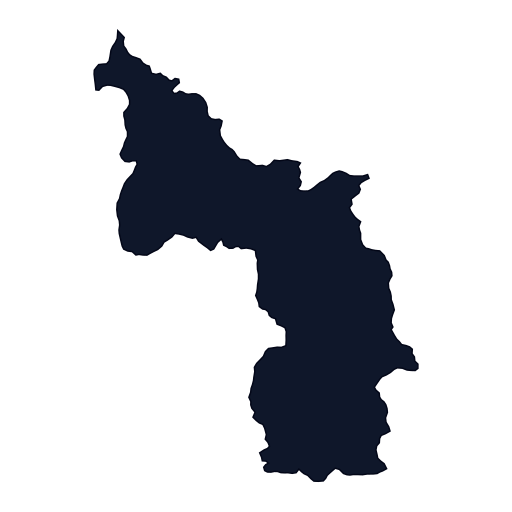 outline of Bom Jesus do Galho, Minas Gerais, Brazil
{"feature_id": "56859067B85920776118835", "entity_name": "Bom Jesus do Galho", "entity_type": "district", "adm_level": 2, "iso_a3": "BRA", "parent_name": "Brazil", "parent_adm1": "Minas Gerais", "projection": "mercator", "projection_center": [-42.364, -19.729], "detail": "fine", "context": "isolated", "style": "filled", "palette": "ink", "viewbox_px": 512, "rotation_deg": 0, "n_neighbors": 0, "source": "geoboundaries", "source_scale": "gbopen_adm2", "svg_char_len": 4848}
<svg xmlns="http://www.w3.org/2000/svg" viewBox="0 0 512 512"><path d="M222.1,121.0L219.2,119.2L215.2,119.6L211.2,118.8L208.1,115.8L207.1,111.4L207.2,107.3L205.7,102.6L202.9,98.3L199.6,95.4L196.0,93.8L192.0,93.8L188.5,94.3L185.5,93.8L182.8,92.1L179.6,91.2L176.9,93.2L173.8,93.4L171.8,90.5L174.2,87.3L176.9,84.8L179.3,82.7L178.7,79.2L175.0,78.5L171.9,80.9L169.1,80.2L166.3,77.2L162.7,75.7L160.3,73.3L156.1,74.4L151.5,73.3L150.2,69.0L149.2,66.1L146.3,65.3L142.9,63.1L140.0,59.2L135.7,57.6L132.2,56.5L129.5,54.7L127.5,52.2L126.0,49.1L123.7,46.0L123.2,41.3L124.2,37.5L121.2,34.3L117.8,30.7L117.5,35.1L117.2,38.6L115.4,42.5L112.7,46.4L111.0,50.2L110.5,53.4L110.0,56.7L109.1,61.0L106.6,63.9L103.0,64.1L98.7,64.6L96.4,67.3L94.3,70.1L94.1,74.1L94.6,78.7L95.3,84.1L95.9,89.9L98.9,90.2L102.5,86.4L107.1,85.1L110.3,85.2L114.5,86.2L119.6,87.6L123.6,89.3L126.1,92.2L128.2,95.9L129.6,100.4L129.6,104.4L127.4,108.5L123.9,112.4L123.9,116.1L124.9,119.8L125.2,124.9L126.0,128.3L127.5,131.6L127.5,136.5L125.8,140.0L124.5,142.9L123.6,146.6L121.8,150.3L120.1,154.1L121.6,157.8L125.0,161.4L129.2,161.9L132.4,160.8L136.3,160.8L137.2,164.3L135.6,167.1L134.4,170.3L133.0,173.6L130.6,176.1L127.2,179.7L124.5,183.7L123.1,187.4L121.7,190.8L120.4,194.7L119.6,198.6L117.2,203.1L116.8,209.7L117.5,215.9L119.3,220.7L119.7,225.0L119.0,230.0L119.3,233.6L120.1,237.1L121.2,241.9L122.2,246.0L123.7,249.1L127.7,251.0L132.2,251.6L135.9,255.0L138.9,254.4L143.0,255.0L147.0,255.1L149.9,253.4L153.7,251.4L157.7,249.5L161.7,246.1L164.0,242.1L167.2,240.2L171.8,237.0L174.8,233.4L179.0,234.0L183.6,235.1L187.4,236.9L192.4,238.2L196.2,237.3L198.6,241.2L201.2,243.2L203.8,245.2L207.4,247.7L210.6,250.4L213.7,249.0L217.6,242.4L221.4,239.0L223.0,242.2L223.7,245.2L226.5,246.5L229.1,248.3L232.9,248.2L235.6,246.6L238.6,246.4L241.2,248.6L246.3,248.0L251.1,248.8L255.4,250.5L256.1,256.3L257.8,260.0L257.3,263.2L257.5,269.4L258.5,274.1L258.5,279.0L257.6,284.8L257.3,288.9L256.8,292.2L255.7,295.5L257.5,299.5L258.8,302.8L259.3,306.6L262.6,309.0L265.5,309.5L268.2,311.7L269.3,315.4L271.8,317.5L275.5,318.7L277.1,324.2L281.3,325.8L285.0,327.7L286.3,331.6L286.1,335.3L286.2,340.1L285.9,345.7L281.4,347.4L277.2,347.2L272.8,347.9L268.5,348.5L265.5,351.5L263.4,356.4L260.2,359.8L256.7,363.4L254.4,367.3L254.8,371.6L253.9,377.1L253.5,380.7L252.5,384.6L251.1,388.5L250.7,392.3L248.9,397.3L250.9,401.6L250.8,404.9L251.9,408.3L255.1,412.2L253.0,417.2L256.3,420.5L259.3,422.9L262.9,424.4L264.7,428.2L265.5,431.2L266.4,434.6L265.3,439.2L268.0,442.4L269.5,446.2L267.5,448.5L264.2,449.9L259.7,452.8L261.6,457.3L262.3,460.8L266.0,461.1L268.5,463.1L265.7,464.7L263.7,467.2L264.7,470.6L267.4,472.0L271.0,472.1L274.4,471.4L277.7,471.5L280.8,472.6L284.5,472.8L287.9,472.7L292.2,473.3L296.1,472.7L298.9,469.1L301.7,471.8L304.1,473.7L307.8,475.4L311.1,478.8L313.9,481.1L318.3,481.3L323.3,480.9L325.6,478.4L327.2,475.3L329.7,473.0L332.2,470.8L335.2,468.2L339.4,469.4L343.5,473.5L346.9,474.7L349.9,475.0L353.1,474.5L357.4,474.5L362.5,474.7L367.0,474.0L373.4,473.9L377.1,473.5L379.7,472.0L382.6,470.9L386.6,468.7L384.1,463.7L380.4,460.9L377.7,458.2L377.0,454.6L375.9,449.9L376.7,445.8L379.3,442.8L379.6,438.5L381.2,435.4L385.3,433.7L390.0,431.1L388.7,426.8L386.0,422.2L385.5,417.8L387.4,412.4L387.0,408.5L385.8,404.7L383.9,401.8L381.2,399.7L379.6,397.1L379.2,393.0L375.9,390.1L374.3,387.2L377.2,382.9L379.9,379.0L382.0,376.7L386.3,374.9L390.6,372.3L394.1,369.3L397.3,367.8L402.4,368.2L407.0,370.0L411.1,370.4L415.2,370.5L417.9,368.4L417.9,364.1L414.8,361.1L414.4,356.9L412.0,353.6L412.3,349.2L409.6,346.9L406.1,345.6L401.6,344.6L399.4,341.8L396.7,339.2L394.4,335.5L392.6,332.2L391.1,329.6L392.9,327.0L391.1,322.8L391.4,318.4L392.5,314.8L394.3,309.9L392.9,304.3L391.2,299.7L391.1,296.0L390.3,292.1L388.7,288.3L388.3,282.9L390.0,278.9L391.9,275.8L391.6,272.2L390.0,268.8L389.5,265.8L388.2,262.2L386.0,260.0L384.2,255.5L379.7,250.9L375.4,250.5L371.6,249.8L368.7,248.8L365.7,248.2L362.6,244.8L360.6,239.6L360.6,233.2L359.5,230.2L358.8,226.5L360.6,221.7L357.3,219.3L355.0,217.2L352.9,214.4L350.7,211.0L349.4,207.7L352.0,204.2L351.1,199.1L355.5,195.6L358.8,193.1L360.3,189.3L358.7,185.6L361.1,182.6L364.9,180.3L369.0,178.3L367.6,174.6L362.7,176.1L358.2,176.1L354.2,176.1L349.6,175.6L346.2,173.4L342.1,171.7L339.2,171.0L335.5,172.1L332.8,173.4L330.4,175.6L328.2,177.8L324.4,180.6L320.3,182.4L316.9,185.1L314.2,187.4L310.9,189.7L308.2,191.0L303.9,191.1L300.4,190.8L297.5,189.0L300.3,185.5L301.2,181.7L298.8,177.9L300.4,172.4L299.5,169.4L298.0,166.6L300.4,163.0L297.3,161.6L291.6,160.8L287.5,159.7L284.0,160.2L279.5,160.8L274.3,160.2L270.4,164.3L266.4,166.6L262.4,165.4L259.4,165.7L256.1,165.9L252.5,163.7L248.2,160.2L243.8,159.6L239.9,159.3L236.8,156.1L234.1,151.7L232.0,149.5L229.4,148.0L226.6,145.4L224.1,142.3L222.4,139.6L220.3,135.7L219.6,129.7L221.1,125.9L222.1,121.0Z" fill="#0f172a" stroke="#020617" stroke-width="1.5"/></svg>